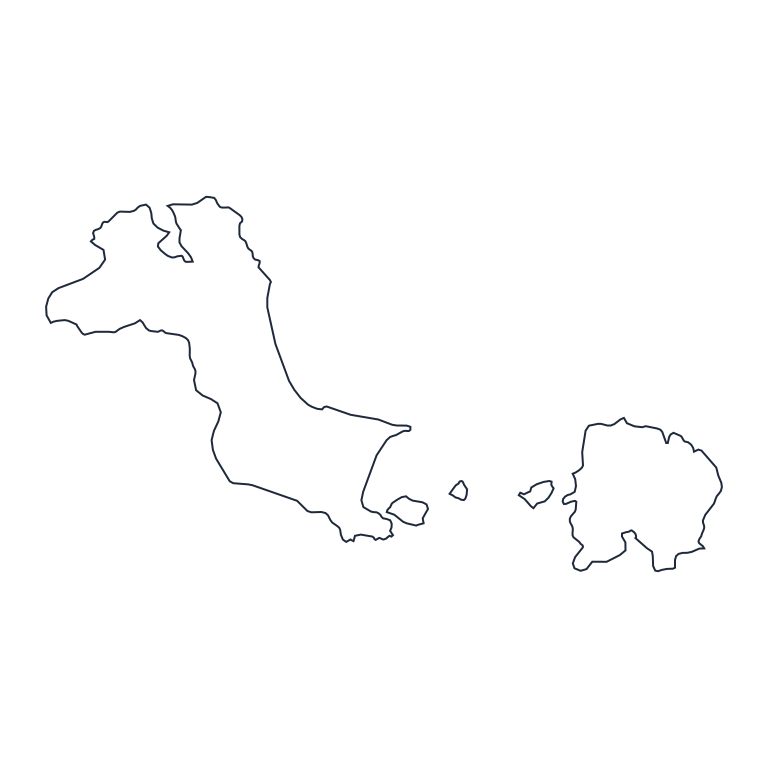 the Province of Bangka-Belitung
{"feature_id": "IDN-1231", "entity_name": "Bangka-Belitung", "entity_type": "Province", "adm_level": 1, "iso_a3": "IDN", "parent_name": "Indonesia", "parent_adm1": "", "projection": "mercator", "projection_center": [106.711, -2.366], "detail": "fine", "context": "isolated", "style": "outline", "palette": "slate", "viewbox_px": 768, "rotation_deg": 0, "n_neighbors": 0, "source": "natural_earth", "source_scale": "10m", "svg_char_len": 5360}
<svg xmlns="http://www.w3.org/2000/svg" viewBox="0 0 768 768"><path d="M396.7,425.5L406.6,425.6L410.4,426.8L410.4,429.7L408.9,431.0L407.3,431.0L405.4,430.8L403.1,431.2L396.0,435.1L393.8,435.7L390.1,437.0L386.6,440.2L376.6,455.3L363.2,491.7L361.4,500.2L363.4,507.1L371.1,511.6L373.4,512.1L376.5,512.3L378.3,513.1L380.4,514.9L381.6,516.9L383.2,518.4L386.4,518.9L390.2,520.3L391.7,523.7L391.5,527.6L390.1,530.8L392.1,534.0L393.0,535.1L391.4,536.6L389.6,535.8L388.0,536.9L386.1,538.6L383.5,539.5L382.0,539.1L380.6,538.3L379.2,537.9L375.7,539.9L374.5,539.1L373.7,537.6L372.5,536.6L360.9,534.6L355.0,535.8L353.5,541.1L351.3,540.1L350.5,539.5L346.2,541.9L342.9,539.6L340.9,534.8L340.2,530.0L339.2,527.7L336.9,525.8L332.3,522.6L330.5,520.3L328.0,515.3L325.6,513.1L321.5,512.0L311.3,512.3L307.4,511.0L297.1,500.8L252.7,485.3L248.4,484.4L233.2,483.2L229.7,481.2L216.1,458.7L212.9,449.9L211.6,440.1L213.9,430.9L218.3,421.5L220.8,412.3L217.5,403.3L210.8,399.0L202.6,395.5L196.1,390.2L194.0,380.0L195.4,373.8L195.5,371.4L195.0,369.4L193.1,366.1L192.2,362.6L190.1,358.3L189.7,355.9L189.8,348.7L189.1,342.5L187.9,340.0L185.8,338.0L182.4,336.2L178.8,334.9L166.2,333.1L165.2,332.6L163.0,330.8L162.1,330.4L160.8,330.5L158.4,331.6L157.6,331.8L150.8,331.0L148.9,330.4L146.0,328.0L142.5,322.3L140.0,320.1L135.0,323.3L124.1,326.9L119.6,328.9L115.4,332.0L113.4,332.3L109.3,331.8L95.5,331.8L84.7,334.7L83.0,333.9L81.8,332.8L77.2,326.1L76.5,324.5L68.3,320.8L64.7,320.1L57.5,320.8L53.7,321.6L50.8,322.9L46.6,315.4L46.1,306.7L48.3,298.5L52.2,292.2L58.5,288.1L83.0,278.9L99.4,267.8L105.1,259.6L103.5,249.9L95.1,245.0L90.9,241.4L92.5,239.7L94.2,239.0L94.3,237.2L93.1,233.0L93.9,230.9L95.9,229.8L98.3,229.1L100.4,227.9L101.2,226.7L102.4,223.4L103.5,222.1L104.7,221.8L107.4,222.1L108.6,221.4L117.4,212.6L119.9,211.6L129.8,211.9L133.8,210.9L135.9,209.6L137.4,207.9L140.0,205.9L146.0,204.6L149.6,207.7L151.3,213.1L151.8,218.4L153.4,223.5L157.6,227.6L163.3,230.6L169.2,232.3L166.8,235.7L158.3,243.3L157.9,246.5L160.8,250.3L164.8,253.7L167.7,255.8L171.9,257.5L174.6,257.3L177.4,256.3L181.6,255.8L182.6,256.5L184.1,260.3L185.3,261.6L186.9,261.9L192.7,261.6L191.0,257.3L188.2,253.3L181.6,246.3L179.5,242.5L179.5,238.3L180.9,230.1L180.3,229.6L176.5,223.6L175.9,221.6L175.4,218.1L175.0,216.3L173.7,213.2L172.2,210.3L170.2,207.8L167.7,205.9L172.9,204.3L191.9,204.6L197.3,202.9L206.1,196.8L210.1,197.2L214.2,197.9L215.9,200.1L217.2,203.2L219.7,206.7L221.5,207.5L223.8,207.6L228.5,207.4L229.9,208.1L239.9,215.3L241.5,217.0L242.4,219.2L242.1,221.4L240.0,223.3L239.4,225.7L239.4,234.6L240.2,237.2L242.0,238.9L243.9,240.0L245.3,241.1L246.2,242.9L247.4,246.8L248.2,248.3L249.5,249.5L250.9,250.4L252.1,251.6L252.6,253.6L252.8,256.2L253.6,258.2L255.2,259.6L257.8,260.1L259.7,261.1L259.6,263.2L258.8,265.6L258.5,267.3L269.9,280.0L270.9,282.0L269.9,284.1L267.3,298.0L267.3,307.3L275.4,343.9L289.0,380.8L294.3,389.8L300.6,397.9L308.1,404.7L311.7,406.7L317.1,408.8L322.0,409.4L324.2,407.0L326.7,406.5L350.7,414.8L378.3,419.5L392.3,424.8L396.7,425.5ZM721.9,487.0L720.9,490.9L718.8,493.8L716.9,496.0L716.0,497.9L714.0,503.6L705.3,514.8L702.9,520.5L703.0,522.5L704.1,525.9L704.2,527.8L703.6,529.9L701.8,534.0L701.4,535.8L700.9,536.8L699.9,538.1L699.0,539.8L698.5,541.7L699.3,543.3L703.0,546.3L704.2,548.4L699.3,548.6L691.7,551.9L687.4,552.8L682.5,552.9L678.6,553.9L676.1,556.1L675.0,560.0L675.0,567.7L672.9,568.7L667.0,568.9L661.8,569.9L658.0,571.2L655.2,570.6L653.1,565.9L652.8,556.1L652.0,551.6L646.8,548.1L635.5,538.1L635.9,537.8L636.1,536.3L635.6,534.2L634.1,532.2L631.6,530.4L630.5,530.6L629.2,531.6L626.1,532.2L622.0,533.5L622.0,536.6L625.4,542.4L625.5,550.4L619.8,555.1L606.6,561.8L592.3,561.7L586.5,569.1L580.6,570.8L574.5,568.3L572.8,563.4L575.1,557.1L582.6,547.7L583.0,546.8L582.6,545.4L581.5,544.5L580.6,543.8L579.2,541.9L573.5,537.3L572.6,535.4L572.5,532.9L572.8,530.2L572.7,527.8L571.9,525.6L570.8,523.7L569.9,521.7L569.8,518.9L570.9,516.3L574.9,511.7L575.7,509.5L576.3,501.8L575.1,500.9L571.3,501.6L566.0,503.9L563.9,504.0L562.7,501.6L563.1,499.1L565.0,496.7L567.7,495.0L570.5,494.3L574.7,491.8L576.0,486.0L575.2,479.2L572.7,473.7L575.5,472.6L578.9,470.4L581.8,467.8L583.0,465.6L582.2,452.1L585.6,430.7L588.9,425.7L597.7,423.9L601.2,423.9L607.3,425.5L610.8,425.5L614.3,424.1L620.5,419.4L623.9,417.9L626.9,423.2L634.4,426.3L642.1,427.2L645.7,426.2L656.8,428.4L660.4,429.7L662.3,432.0L666.2,443.0L667.8,443.0L669.1,437.1L670.6,434.5L673.5,432.8L680.2,435.7L681.5,436.6L683.7,440.5L684.5,441.4L688.2,442.3L691.2,444.7L693.2,448.0L694.0,451.7L698.3,449.6L701.5,450.6L716.3,467.6L718.2,475.3L721.3,482.8L721.9,487.0ZM426.5,504.4L428.0,508.9L422.7,518.3L423.6,523.3L417.3,525.0L416.3,525.6L406.6,523.3L403.0,521.7L394.3,514.7L386.8,512.1L387.4,510.0L389.2,508.0L390.1,507.3L391.7,503.8L392.5,502.9L397.4,499.6L401.6,497.2L406.0,496.3L408.9,498.7L412.6,500.6L422.5,502.3L426.5,504.4ZM530.2,491.4L531.3,487.5L536.8,484.2L543.7,481.9L549.3,481.0L551.6,481.7L551.3,484.7L552.1,486.3L553.6,488.3L551.5,493.0L548.5,497.7L544.7,501.4L537.2,503.5L533.4,508.2L530.9,506.2L524.7,499.1L518.8,495.2L520.3,492.7L524.0,494.3L527.2,492.7L530.2,491.4ZM467.1,489.3L466.6,494.9L465.3,498.7L463.8,500.1L460.9,499.6L458.7,498.3L455.4,497.4L453.1,495.6L449.6,493.8L452.9,489.2L455.7,485.4L458.6,483.5L459.0,482.5L459.7,481.5L461.6,481.0L462.6,481.6L464.3,485.2L467.1,489.3Z" fill="none" stroke="#1e293b" stroke-width="2"/></svg>